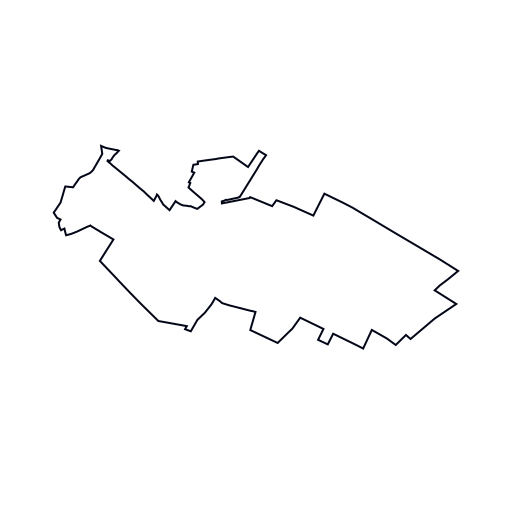 Tetiz, Yucatán, Mexico (Natural Earth projection), rotated 203°
{"feature_id": "50627088B31181916661146", "entity_name": "Tetiz", "entity_type": "district", "adm_level": 2, "iso_a3": "MEX", "parent_name": "Mexico", "parent_adm1": "Yucatán", "projection": "natural_earth1", "projection_center": [-89.981, 20.956], "detail": "fine", "context": "isolated", "style": "outline", "palette": "ink", "viewbox_px": 512, "rotation_deg": 203, "n_neighbors": 0, "source": "geoboundaries", "source_scale": "gbopen_adm2", "svg_char_len": 3180}
<svg xmlns="http://www.w3.org/2000/svg" viewBox="0 0 512 512"><g transform="rotate(203 256 256)"><path d="M439.5,271.8L439.6,271.6L440.2,269.7L441.2,267.7L441.5,267.2L444.9,263.5L448.3,259.9L449.2,257.6L449.8,254.6L450.7,250.8L451.2,247.8L458.7,245.5L458.7,245.3L458.4,242.7L458.1,239.8L457.7,236.9L457.4,234.0L457.1,231.4L456.8,228.7L457.4,225.6L458.0,222.6L458.6,219.4L459.1,217.1L459.1,216.8L454.2,213.5L454.0,213.4L450.2,213.2L450.6,209.6L449.0,207.0L448.3,206.0L448.3,205.9L447.5,205.2L446.8,204.5L446.7,204.4L445.5,203.6L445.4,203.8L443.1,206.4L442.0,204.9L441.2,203.8L440.6,203.1L440.5,202.9L439.9,202.1L439.5,201.6L438.9,200.9L434.9,204.0L430.2,208.6L423.1,216.6L420.4,219.3L420.3,219.2L413.7,218.2L410.5,217.8L408.3,217.4L407.3,217.3L404.3,216.9L401.1,216.5L398.1,216.1L395.1,215.7L393.7,215.5L396.7,197.4L396.7,197.2L397.8,190.5L395.3,189.4L379.0,182.3L377.8,181.8L374.9,180.5L370.9,178.7L370.5,178.6L366.7,176.9L356.0,172.3L343.5,167.1L320.5,158.0L310.9,160.2L295.9,163.6L292.3,164.4L292.7,160.9L286.6,161.2L285.0,174.3L281.6,182.2L281.1,183.1L278.1,194.1L277.6,197.8L277.2,201.5L271.1,200.2L268.9,199.4L261.6,200.1L239.1,203.5L238.3,203.8L234.6,204.3L232.7,188.7L232.3,185.6L202.1,184.4L195.3,200.7L194.2,203.2L191.2,216.5L165.4,215.2L166.1,203.1L155.4,202.7L154.6,214.6L129.8,213.3L121.2,212.7L120.5,233.2L103.3,231.2L92.6,228.7L87.1,241.9L81.3,240.0L67.1,268.2L52.9,290.1L78.1,294.2L75.3,300.7L70.3,309.4L64.1,321.2L84.9,324.6L102.2,326.9L124.9,329.9L125.6,330.0L136.9,331.5L165.3,335.4L176.6,336.9L177.3,337.0L178.1,337.1L185.9,338.2L196.4,339.0L204.1,339.4L210.5,339.7L217.4,340.1L219.0,315.6L240.6,316.0L259.0,315.3L260.6,308.2L284.4,307.9L284.5,306.9L307.9,291.1L308.8,292.9L306.7,294.6L305.8,295.9L304.6,296.2L294.8,303.1L294.6,303.8L294.1,303.9L293.6,306.6L289.0,336.3L288.5,340.4L287.3,347.6L287.2,348.1L286.1,352.7L287.8,353.0L289.5,353.2L294.4,354.0L295.1,350.8L295.1,350.7L298.1,334.8L315.8,338.6L317.1,337.9L319.2,336.7L329.0,330.9L329.3,330.6L331.5,329.2L335.9,326.6L336.6,326.2L338.3,325.2L340.3,324.0L346.5,320.2L345.4,317.9L347.8,316.4L349.3,315.5L349.0,313.8L348.1,308.6L345.4,308.6L346.6,297.6L345.0,297.5L344.9,292.7L342.1,291.7L339.4,290.8L337.2,290.1L331.6,288.3L328.8,287.4L327.6,287.0L324.4,285.5L324.9,282.5L328.5,276.4L331.4,276.3L334.6,276.3L335.7,276.3L336.9,275.7L338.9,275.3L342.8,274.1L344.1,274.0L345.5,274.0L346.4,274.1L348.4,274.4L349.2,274.5L349.5,274.5L350.3,274.7L351.5,275.1L351.8,273.3L353.5,264.4L361.6,267.2L362.2,267.6L363.0,268.3L364.1,269.1L364.7,269.4L367.0,271.1L367.5,271.6L367.7,271.8L368.3,272.3L368.8,272.7L369.1,272.9L369.4,273.1L369.8,273.4L370.2,273.6L370.6,273.7L371.2,273.9L371.1,272.8L371.6,266.8L380.5,270.0L384.3,271.5L385.6,271.9L388.5,272.7L394.7,274.7L398.0,275.8L403.3,277.3L405.8,278.1L407.1,278.5L409.4,279.2L410.5,279.5L412.2,280.0L413.9,280.5L420.0,282.3L423.0,283.1L425.4,284.0L429.8,285.4L429.8,286.2L427.7,286.3L426.8,288.3L426.7,288.8L426.5,290.4L426.3,291.4L425.7,293.8L425.4,294.4L424.7,295.7L423.4,299.3L425.5,299.2L426.0,298.9L427.7,298.6L434.0,297.3L437.0,296.8L441.6,296.8L439.5,293.4L437.4,289.9L438.2,282.6L439.2,274.9L439.5,271.8Z" fill="none" stroke="#020617" stroke-width="2"/></g></svg>